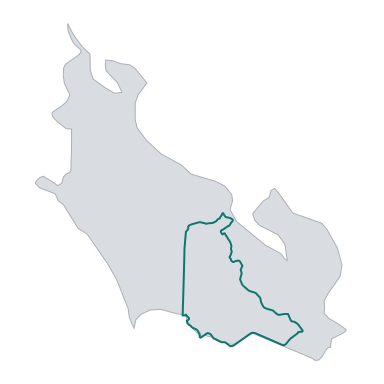 where Alajuela sits in Costa Rica, rotated 181°
{"feature_id": "CRI-1333", "entity_name": "Alajuela", "entity_type": "Province", "adm_level": 1, "iso_a3": "CRI", "parent_name": "Costa Rica", "parent_adm1": "", "projection": "robinson", "projection_center": [-84.692, 10.447], "detail": "fine", "context": "in_parent", "style": "outline", "palette": "teal", "viewbox_px": 384, "rotation_deg": 181, "n_neighbors": 0, "source": "natural_earth", "source_scale": "10m", "svg_char_len": 4268}
<svg xmlns="http://www.w3.org/2000/svg" viewBox="0 0 384 384"><g transform="rotate(181 192 192)"><path d="M348.7,197.7L348.2,199.7L346.6,201.7L344.3,203.8L341.2,205.2L333.7,201.0L326.5,196.1L322.4,198.3L320.9,204.6L318.2,207.9L314.8,209.2L313.5,211.3L313.2,232.6L313.5,252.8L319.0,253.2L328.2,260.2L332.2,264.3L333.4,268.1L332.3,270.0L325.5,274.4L319.0,279.9L315.7,286.9L321.4,298.1L322.7,305.7L322.5,313.6L320.9,317.4L308.2,326.6L305.4,329.8L305.7,332.1L312.8,338.4L316.1,344.5L318.9,351.9L319.3,358.3L312.9,346.4L304.0,335.1L296.4,328.1L295.8,311.9L292.7,303.1L281.1,295.0L271.2,289.3L263.8,290.4L268.3,299.8L280.0,311.7L280.8,316.3L280.6,322.5L272.6,321.6L265.5,319.0L256.9,318.2L251.2,314.6L239.0,300.3L247.6,288.1L250.3,280.1L250.1,263.5L248.1,255.4L238.7,243.1L223.8,229.7L203.0,218.7L193.2,209.9L168.8,203.1L159.5,198.6L152.3,190.2L151.2,184.2L153.7,175.0L147.0,163.3L117.9,140.2L101.7,131.7L98.2,126.7L95.6,125.2L98.1,141.1L105.2,150.7L123.8,159.7L128.9,164.9L130.9,171.6L120.2,184.6L114.7,187.9L113.0,195.0L109.5,197.1L105.8,193.1L90.8,172.7L61.7,163.0L56.4,157.0L45.6,138.4L40.7,121.4L42.5,110.1L54.4,92.5L58.2,84.8L57.4,80.1L57.8,73.1L53.3,68.3L42.3,61.9L35.3,56.9L37.2,54.3L49.9,47.5L50.7,41.4L50.6,39.3L52.7,38.9L54.5,37.3L55.7,35.6L59.1,29.6L62.1,26.3L65.6,25.7L69.9,28.2L85.8,34.6L103.6,41.7L128.8,51.8L139.3,45.3L148.3,40.4L154.6,41.1L168.1,46.8L176.3,48.7L181.3,48.1L190.0,56.5L194.8,62.9L195.6,67.1L198.2,69.4L205.0,69.9L221.5,74.2L231.7,73.3L240.9,68.8L245.9,63.3L247.5,54.8L249.8,59.0L252.5,65.7L253.8,74.2L265.7,102.9L275.2,118.9L296.1,148.1L305.1,153.5L320.3,177.0L325.6,180.9L328.6,187.8L344.4,193.5L348.7,197.7Z" fill="#d9dde1" stroke="#a8b0b8" stroke-width="1"/><path d="M180.7,46.5L181.6,47.0L181.8,47.8L181.8,48.9L181.9,50.2L182.4,51.0L183.6,52.8L183.9,53.5L184.9,54.5L189.2,56.4L190.2,57.2L191.0,58.2L192.8,59.2L194.4,60.8L194.8,63.3L193.5,64.1L193.1,64.4L192.7,65.2L192.9,65.8L193.3,66.3L193.5,66.6L195.5,68.5L196.0,69.2L197.1,68.4L198.5,68.4L199.2,68.5L199.2,68.9L198.9,91.7L198.7,108.8L198.6,121.0L198.5,135.7L197.4,151.8L197.4,152.1L195.6,154.2L195.2,155.0L195.1,155.3L195.1,155.6L195.1,156.2L195.3,157.1L193.9,158.8L191.3,159.8L185.0,161.7L183.4,162.0L182.9,161.8L181.7,161.7L181.3,161.5L180.9,161.4L179.1,161.1L177.3,160.5L175.0,161.0L170.8,161.4L167.9,162.8L167.2,163.3L167.1,163.5L166.9,163.7L165.9,165.0L164.2,165.9L163.6,166.4L163.4,166.8L163.4,167.1L163.3,167.4L161.6,169.8L161.4,170.2L161.3,171.0L161.2,171.2L160.5,171.3L158.5,168.2L157.6,167.5L156.5,167.2L155.3,167.1L153.7,166.7L151.8,165.8L151.1,165.3L150.8,164.9L150.9,164.3L150.9,163.7L151.0,163.4L151.1,163.2L151.3,163.0L151.9,162.7L153.7,159.6L154.4,158.8L155.4,158.5L160.1,155.1L161.5,154.4L162.0,154.1L162.3,153.8L162.4,153.6L162.5,152.8L161.3,150.6L160.6,150.2L160.4,150.4L159.6,151.0L158.9,151.2L158.6,151.2L158.4,151.1L158.2,150.7L158.1,150.4L157.5,149.4L156.0,147.3L155.2,145.9L153.7,143.8L153.1,142.8L152.1,140.4L151.7,138.7L152.0,136.0L152.0,135.6L151.9,135.0L151.4,134.0L151.3,133.5L151.3,133.1L151.9,130.8L152.1,130.0L153.1,127.9L153.2,127.4L153.2,127.0L153.0,126.8L152.5,126.3L152.1,125.7L151.6,124.1L149.9,122.8L149.2,122.7L148.9,122.8L148.7,122.9L148.1,123.3L146.8,123.8L145.1,124.1L144.3,124.2L143.8,124.1L143.1,123.7L142.4,122.7L140.3,118.9L141.8,115.7L141.9,114.7L141.7,114.2L141.3,113.3L141.0,111.3L142.4,105.4L140.4,100.8L139.7,99.6L134.3,95.0L132.6,94.0L127.5,92.5L126.2,91.9L125.2,90.7L122.7,88.2L122.4,87.8L121.8,86.9L121.6,86.1L121.1,83.2L120.1,81.1L118.7,78.7L118.1,78.0L117.6,77.6L116.3,77.0L115.2,76.6L110.3,75.3L108.8,74.8L108.2,74.3L107.5,73.5L104.8,71.4L104.0,71.0L103.5,70.7L102.9,70.7L102.3,70.7L101.1,70.9L99.1,71.4L96.6,71.7L93.8,71.6L91.5,66.4L90.7,65.0L90.3,64.7L90.1,64.6L89.8,64.4L89.6,64.3L87.5,64.0L86.9,63.8L84.6,62.3L83.6,61.4L79.3,55.9L79.2,55.7L79.0,55.2L79.0,54.7L79.4,54.3L82.6,54.0L83.4,53.6L83.7,53.1L83.9,52.6L91.2,47.0L95.7,41.3L96.1,41.1L96.3,41.0L96.7,40.9L97.2,40.7L97.9,40.5L98.2,40.3L111.6,45.9L126.7,52.1L128.9,52.4L131.1,51.5L140.7,44.4L147.7,39.2L150.6,38.4L152.3,39.3L155.8,42.1L157.5,42.4L159.5,42.3L161.6,43.0L166.3,45.4L166.8,45.5L167.3,45.7L167.8,46.0L168.1,46.3L170.3,49.3L171.1,50.1L171.9,50.6L172.9,51.0L173.9,51.2L174.8,50.7L179.9,47.1L180.7,46.5Z" fill="none" stroke="#0f766e" stroke-width="2"/></g></svg>